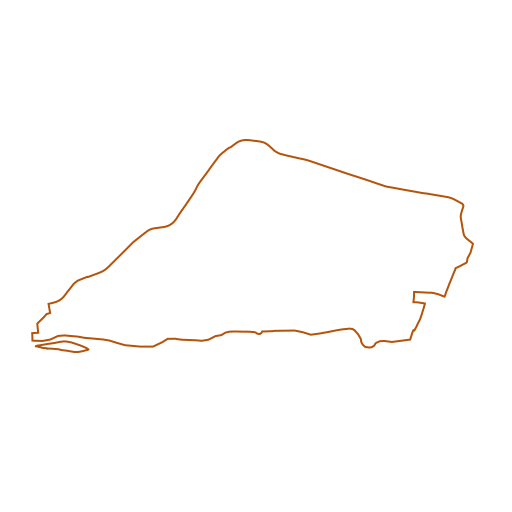 the district of Hilwan, Al Qahirah, Egypt, rotated 276°
{"feature_id": "37247803B18472339316050", "entity_name": "Hilwan", "entity_type": "district", "adm_level": 2, "iso_a3": "EGY", "parent_name": "Egypt", "parent_adm1": "Al Qahirah", "projection": "orthographic", "projection_center": [31.32, 29.854], "detail": "fine", "context": "isolated", "style": "outline", "palette": "amber", "viewbox_px": 512, "rotation_deg": 276, "n_neighbors": 0, "source": "geoboundaries", "source_scale": "gbopen_adm2", "svg_char_len": 5943}
<svg xmlns="http://www.w3.org/2000/svg" viewBox="0 0 512 512"><g transform="rotate(276 256 256)"><path d="M186.7,54.7L177.8,57.2L176.3,53.7L173.2,51.6L166.1,45.7L165.5,45.6L156.9,47.4L155.9,41.5L151.8,42.1L148.5,42.5L148.5,43.5L149.2,52.6L151.4,60.1L155.8,67.5L157.0,73.9L157.2,87.3L156.7,93.8L157.0,112.6L156.6,119.0L155.1,126.5L153.6,135.1L153.8,150.7L155.1,163.0L160.6,172.0L164.4,176.8L165.3,184.7L165.1,186.1L165.0,191.3L165.4,197.1L165.9,205.4L166.0,211.0L167.8,217.5L172.1,224.1L173.7,229.8L176.6,233.6L178.0,237.6L178.7,242.6L179.3,249.8L180.0,257.3L180.1,262.5L179.8,263.8L179.0,265.1L178.8,266.3L178.8,267.9L179.9,269.3L181.6,270.1L182.0,273.5L183.1,281.0L183.5,282.2L185.9,302.2L185.1,310.5L183.5,318.4L183.5,319.0L185.6,327.6L188.0,335.8L190.8,344.8L192.0,349.3L193.6,356.8L193.4,360.0L192.9,360.6L192.6,361.6L189.0,365.6L184.5,368.9L181.4,369.7L179.0,371.4L177.0,374.0L176.8,378.3L177.5,380.9L179.3,383.0L181.2,383.8L182.2,384.6L184.2,388.1L184.9,392.5L184.7,400.1L189.0,418.1L196.2,419.5L198.0,420.1L198.6,420.3L198.4,421.2L202.1,422.8L206.0,424.1L207.3,424.6L208.3,425.1L208.8,425.3L211.2,426.0L215.1,426.9L219.8,427.8L222.7,428.4L224.6,428.7L225.6,428.9L226.4,428.9L226.4,428.4L226.6,426.4L226.8,421.2L226.5,417.4L231.3,417.4L236.8,417.0L237.2,424.4L237.5,430.4L237.7,433.4L237.9,434.5L237.7,436.4L237.6,437.3L237.4,438.8L237.0,441.4L236.6,442.7L235.8,445.7L235.3,447.8L235.9,448.0L237.6,448.4L239.3,448.7L240.2,448.9L240.7,449.1L243.2,449.8L245.1,450.3L247.4,450.9L249.9,451.6L251.9,452.2L254.0,452.8L257.5,453.8L260.1,454.5L261.5,455.0L263.7,455.6L264.7,455.7L266.1,458.0L267.2,459.8L269.2,462.8L271.0,465.5L271.6,466.1L272.0,466.4L275.9,466.6L281.5,468.9L281.9,469.0L290.7,470.5L291.2,470.0L293.0,467.3L294.1,465.5L295.5,463.5L296.7,462.1L298.0,461.0L299.3,460.3L301.0,459.8L303.1,459.2L306.6,458.1L308.2,457.7L311.2,456.9L313.4,456.2L314.9,455.8L316.4,455.5L317.0,455.4L318.1,455.4L319.8,455.6L323.5,456.3L326.3,456.9L327.2,457.1L328.1,456.8L328.7,456.5L329.0,456.2L329.6,455.5L331.4,451.2L332.7,448.0L333.8,444.8L334.3,442.7L334.6,440.5L334.7,438.7L334.8,437.4L335.6,424.7L335.7,422.7L335.9,420.8L336.0,415.0L336.6,407.0L337.2,398.2L338.2,385.3L338.6,379.6L338.7,378.4L338.9,377.1L339.4,375.0L340.6,369.5L341.8,364.3L343.2,358.2L345.4,347.8L347.8,336.4L350.3,325.5L352.8,314.3L354.8,305.5L356.1,299.6L356.7,296.7L357.3,292.4L357.4,291.0L357.5,290.1L357.7,288.0L357.9,286.5L358.0,285.6L358.5,281.3L359.0,277.3L359.2,275.5L359.8,271.7L359.9,270.8L360.0,270.3L360.1,269.7L360.2,269.1L360.4,268.5L360.5,268.0L360.7,267.6L360.7,267.4L360.9,267.0L361.1,266.6L361.4,265.7L361.7,265.0L362.2,264.1L362.3,263.9L362.4,263.7L362.6,263.4L362.9,262.9L363.2,262.5L364.0,261.5L365.3,259.7L365.8,259.1L366.1,258.7L366.5,258.0L367.0,257.4L367.4,256.7L367.7,256.3L368.1,255.7L368.3,255.3L368.5,254.9L368.7,254.5L369.0,253.9L369.1,253.5L369.2,253.3L369.4,252.9L369.6,252.2L369.7,251.7L369.8,251.3L369.9,250.9L370.0,250.5L370.0,249.9L370.1,249.3L370.2,248.6L370.3,247.8L370.4,243.5L370.4,240.3L370.5,239.0L370.5,237.9L370.5,236.8L370.5,236.3L370.4,235.4L370.4,234.6L370.3,233.8L370.3,233.5L370.2,233.1L370.2,232.8L370.1,232.5L370.0,232.1L369.9,231.5L369.8,231.2L369.7,230.9L369.5,230.2L369.3,229.6L369.0,229.0L368.8,228.4L368.6,228.1L368.5,227.8L368.4,227.6L368.1,227.1L367.8,226.6L367.4,226.0L367.2,225.8L366.7,225.1L366.1,224.4L365.7,224.0L365.3,223.5L364.1,222.2L361.4,219.3L360.8,217.9L360.0,216.9L359.4,216.3L357.7,214.5L356.4,213.3L355.2,212.0L354.1,211.0L353.2,210.2L352.3,209.4L350.8,208.4L349.2,207.4L348.1,206.8L346.6,205.9L345.0,204.9L342.7,203.6L340.8,202.5L338.8,201.3L336.4,200.0L331.4,197.1L326.6,194.2L324.7,193.1L322.6,191.9L320.5,190.8L319.0,190.2L317.8,189.8L316.5,189.3L315.2,188.8L313.9,188.2L312.6,187.7L311.4,187.1L307.4,185.0L304.2,183.3L302.4,182.3L299.3,180.7L296.7,179.2L294.7,178.1L293.5,177.4L290.1,175.6L289.4,175.2L288.8,174.9L287.5,174.3L286.0,173.5L284.5,172.8L283.3,172.1L282.5,171.5L281.7,171.0L281.1,170.5L280.6,170.1L280.3,169.8L279.7,169.2L279.2,168.7L278.7,168.1L278.1,167.4L277.7,166.8L277.3,166.3L276.6,164.9L276.2,164.1L275.9,163.4L275.6,162.6L275.3,161.7L275.0,160.7L274.7,159.4L274.4,158.0L273.5,154.5L273.0,152.4L272.5,150.8L272.2,149.7L271.6,148.6L271.2,147.8L270.9,147.3L270.3,146.4L270.2,146.2L267.2,143.0L260.6,136.2L257.0,132.5L247.3,124.7L239.9,118.7L238.1,117.1L236.7,116.1L232.6,112.7L229.8,110.5L227.1,107.9L226.0,106.7L224.9,105.2L224.1,104.0L221.8,99.7L218.7,93.4L217.5,91.0L217.7,90.7L216.8,88.7L214.6,84.6L213.4,82.3L212.6,81.1L211.8,80.1L210.1,78.4L208.9,77.4L208.1,76.9L206.0,75.6L203.7,74.2L200.9,72.3L200.1,71.8L199.2,71.4L197.8,70.5L195.4,69.0L194.9,68.6L194.6,68.4L194.3,68.1L193.9,67.8L193.3,67.3L192.5,66.4L192.1,66.0L191.8,65.7L191.5,65.2L191.0,64.6L190.7,64.1L190.2,63.3L189.8,62.7L189.4,61.9L189.0,60.9L188.7,60.2L188.4,59.4L187.9,58.1L187.7,57.6L187.4,56.7L187.0,55.5L186.7,54.7ZM145.5,98.9L145.6,99.0L145.7,98.9L145.8,98.8L145.9,98.6L146.0,98.5L146.2,98.1L146.4,97.8L146.4,97.7L146.5,97.4L146.7,97.0L146.9,96.4L147.1,95.7L147.4,95.1L147.5,94.6L147.7,94.1L147.8,93.9L148.0,93.0L148.0,92.9L148.1,92.7L148.2,92.4L148.3,92.0L148.4,91.7L148.8,90.2L148.9,89.8L149.0,88.9L149.1,88.6L149.3,88.1L149.3,87.9L149.4,87.6L149.8,85.8L149.9,85.2L150.1,84.3L150.2,83.9L150.3,83.6L150.4,83.0L150.5,82.8L150.5,82.5L150.6,82.1L150.8,80.9L150.9,79.3L151.1,77.1L151.1,75.4L151.0,73.9L150.6,72.1L150.1,70.1L149.2,67.1L148.5,64.9L147.0,58.9L144.6,50.4L144.0,47.9L143.3,46.5L143.2,46.5L143.1,47.6L143.3,48.9L142.8,49.3L142.7,51.5L142.3,53.1L142.2,55.2L142.4,55.7L142.4,57.4L142.0,57.6L142.3,60.3L142.5,62.6L142.6,69.6L142.1,72.3L142.1,75.2L142.0,79.2L141.8,81.1L141.7,83.2L141.6,84.7L141.5,85.2L141.5,85.6L141.6,85.9L141.8,87.6L141.9,88.6L142.0,88.9L142.0,89.3L142.1,89.7L142.2,90.0L142.4,90.9L142.6,91.4L143.2,93.4L143.3,93.8L143.5,94.1L143.7,94.8L144.0,95.5L144.2,96.0L144.7,97.6L144.9,98.2L145.0,98.3L145.1,98.5L145.4,98.9L145.5,98.9Z" fill="none" stroke="#b45309" stroke-width="2"/></g></svg>